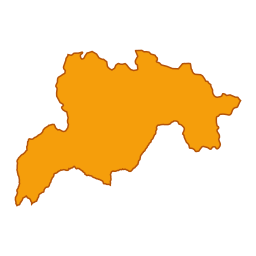 Lunana, Gasa, Bhutan
{"feature_id": "84629894B27866882347456", "entity_name": "Lunana", "entity_type": "district", "adm_level": 2, "iso_a3": "BTN", "parent_name": "Bhutan", "parent_adm1": "Gasa", "projection": "orthographic", "projection_center": [90.007, 27.974], "detail": "fine", "context": "isolated", "style": "filled", "palette": "amber", "viewbox_px": 256, "rotation_deg": 0, "n_neighbors": 0, "source": "geoboundaries", "source_scale": "gbopen_adm2", "svg_char_len": 5759}
<svg xmlns="http://www.w3.org/2000/svg" viewBox="0 0 256 256"><path d="M17.0,205.6L17.7,205.1L19.1,204.8L19.6,204.5L20.7,202.0L21.2,201.8L21.3,201.4L22.2,200.1L23.0,198.0L25.5,196.7L26.2,196.0L26.5,196.2L27.5,197.8L29.6,198.7L30.5,199.9L30.9,201.2L31.6,202.3L31.7,204.1L33.1,202.6L34.0,202.4L35.2,201.6L36.2,201.3L36.7,200.9L36.6,200.4L37.2,199.8L37.6,198.4L38.6,196.8L38.8,195.1L39.5,194.1L39.8,193.8L40.5,193.6L42.1,192.4L43.6,192.0L43.9,191.3L44.1,189.8L45.1,188.2L46.1,187.3L48.2,186.9L49.1,185.8L49.9,183.2L50.8,182.1L51.2,180.0L51.9,178.9L52.1,178.1L53.4,176.6L53.8,175.7L53.9,174.2L54.7,173.5L56.2,173.1L57.4,172.4L57.8,172.1L57.9,171.6L60.1,170.6L60.7,170.0L61.5,170.2L63.9,169.6L64.4,169.8L65.3,169.9L65.9,170.3L67.8,170.3L68.5,169.9L68.7,168.9L69.0,168.5L69.7,168.9L70.0,168.8L71.2,168.0L72.4,167.8L73.8,166.5L74.1,166.4L74.4,166.4L76.1,168.6L76.6,168.8L77.9,168.3L79.3,168.8L79.5,168.7L79.8,169.2L81.5,170.4L82.7,171.0L82.8,171.3L82.7,171.5L84.8,173.1L85.0,174.3L85.6,174.5L86.8,175.5L88.7,175.2L89.5,175.6L91.1,175.8L91.7,176.0L92.4,176.8L93.7,177.5L94.9,177.8L96.4,178.7L97.8,178.9L98.7,179.4L99.3,179.4L101.9,180.7L102.7,181.2L103.2,182.3L103.5,183.5L103.8,183.7L105.2,183.7L106.9,184.4L109.0,184.4L110.3,185.1L110.3,184.3L110.5,183.1L110.3,181.3L110.9,180.0L111.0,178.9L110.8,178.1L110.8,176.0L110.4,174.7L111.3,172.2L111.8,171.6L113.1,171.0L113.8,171.3L115.8,171.2L117.3,170.5L118.4,170.5L120.0,169.5L121.7,169.7L122.6,169.0L123.0,169.4L123.7,169.5L125.0,169.2L125.6,169.3L126.4,169.9L126.9,169.9L127.3,170.2L128.0,170.4L129.1,171.3L130.8,171.3L132.7,169.4L133.1,168.5L134.8,167.7L135.9,166.2L136.5,165.9L136.7,165.4L137.9,164.3L138.0,163.3L138.4,162.8L138.3,162.1L138.8,160.6L139.9,159.6L140.5,156.1L141.0,155.1L141.9,154.1L141.9,153.7L142.4,153.1L143.3,152.3L143.4,151.7L143.7,151.4L144.5,151.1L145.1,150.2L145.5,149.1L147.0,147.4L147.5,146.0L148.7,144.7L149.2,143.4L151.0,141.9L151.2,140.2L152.8,138.7L154.4,135.0L155.6,133.8L155.8,132.6L155.7,131.5L156.1,130.4L156.7,129.5L156.8,128.8L156.4,128.0L156.7,126.7L157.2,125.9L158.1,125.1L159.6,125.1L160.6,124.7L163.4,124.4L164.2,124.6L168.0,124.6L169.1,124.3L170.5,123.6L171.3,122.4L173.2,121.6L173.8,121.0L176.1,121.0L177.3,121.4L178.0,122.0L178.9,124.0L181.4,124.9L183.7,127.2L184.2,128.2L184.3,129.0L184.1,130.2L183.5,131.9L183.1,132.4L182.7,134.0L183.4,134.6L184.0,135.6L184.3,137.4L186.4,142.2L188.2,144.0L188.7,144.7L189.1,145.9L189.4,147.7L189.7,148.1L192.2,148.4L192.7,148.6L194.3,149.6L195.3,151.1L195.9,151.5L196.4,151.5L198.8,151.1L200.3,148.9L202.0,146.8L203.3,146.4L207.8,147.6L209.7,149.0L210.3,149.2L211.3,148.9L212.2,147.4L212.5,147.1L213.5,146.8L214.6,146.8L215.1,147.0L215.5,147.3L216.1,148.3L216.5,148.7L217.5,148.8L218.4,148.2L219.7,146.5L220.1,145.5L220.3,144.3L220.1,143.3L219.2,141.1L218.7,139.3L218.9,138.6L219.5,137.2L219.4,135.6L219.0,134.4L217.5,132.0L217.0,130.8L217.0,130.1L217.3,129.7L218.7,128.0L218.6,127.3L218.4,126.8L217.4,126.1L217.0,125.6L216.4,122.6L216.3,119.3L216.5,117.3L216.8,116.7L218.5,116.1L219.5,114.8L220.0,114.4L220.5,114.3L222.9,114.1L224.2,114.2L227.0,114.6L228.7,115.0L229.3,115.0L230.4,114.5L231.3,113.4L232.4,110.3L233.2,109.0L233.9,108.3L235.0,107.7L236.6,107.4L237.5,106.9L239.7,102.1L240.6,100.6L239.4,99.5L237.9,97.4L237.2,97.2L235.5,97.2L230.1,94.9L226.6,95.5L225.0,94.2L223.5,93.7L222.7,93.8L221.7,96.0L220.3,96.7L217.0,97.3L215.3,96.7L214.1,95.7L212.8,93.4L212.5,91.4L212.6,90.0L210.8,86.1L210.8,84.7L208.6,83.0L207.8,81.5L205.7,81.1L204.5,78.7L202.5,75.9L200.6,74.7L195.2,74.3L193.6,73.4L192.4,71.7L191.9,69.8L191.2,68.9L190.5,64.1L190.2,63.6L188.5,63.4L185.5,63.6L184.5,63.5L182.5,63.8L178.4,68.8L172.5,68.6L167.0,66.4L161.3,64.9L159.5,63.0L156.7,61.9L156.4,61.3L156.5,60.8L157.3,60.0L157.4,58.8L157.2,57.9L155.7,56.5L155.2,55.4L153.8,54.8L151.1,54.2L149.0,52.1L146.2,51.7L144.1,51.8L141.8,50.4L135.6,50.6L135.6,51.1L137.7,56.1L137.6,56.8L136.9,57.7L135.5,60.4L135.3,61.3L135.5,63.0L136.2,64.2L137.4,65.0L137.8,69.1L136.8,70.0L133.6,70.5L130.5,69.5L130.1,68.9L128.6,67.5L127.0,65.3L125.9,64.2L125.1,63.6L122.4,64.3L120.5,64.2L118.5,63.5L117.6,63.8L115.8,65.2L114.6,68.2L111.9,70.0L110.0,69.0L108.3,67.6L107.4,66.3L106.7,61.7L105.3,60.7L103.6,59.3L102.7,59.4L101.1,58.9L98.9,57.8L96.6,54.1L92.1,51.5L88.6,52.7L87.1,53.0L85.2,55.7L84.0,58.1L82.8,58.9L82.3,59.0L81.7,59.0L80.9,58.1L80.3,56.1L80.6,54.7L81.3,54.1L82.2,53.5L82.6,52.7L82.5,52.4L82.1,52.1L78.7,53.1L74.4,53.2L73.5,53.5L72.7,54.4L71.3,55.3L68.0,54.6L67.9,55.6L67.6,56.2L66.1,58.3L65.7,60.6L63.6,66.6L63.5,67.7L63.9,68.9L65.3,70.6L64.9,73.1L64.5,73.5L62.5,74.6L61.2,75.6L58.5,77.2L57.8,78.2L57.6,78.9L57.4,81.2L57.5,82.0L56.3,84.5L55.9,85.7L55.9,86.5L56.9,87.9L57.1,88.9L56.6,92.9L56.7,96.1L60.1,102.5L62.8,104.1L63.4,105.2L63.1,105.8L61.7,107.1L61.7,107.9L62.7,109.5L63.7,110.4L64.5,110.6L65.2,111.4L66.6,111.7L67.0,112.8L67.6,115.9L68.2,117.8L67.5,120.6L67.6,122.4L68.4,124.4L67.8,127.7L65.8,130.7L64.8,131.3L63.3,131.5L62.3,131.2L59.3,129.6L57.9,129.9L57.2,129.4L55.5,127.7L55.1,126.4L54.1,124.5L52.1,124.4L51.4,124.8L50.5,124.9L49.7,125.3L48.9,125.2L48.5,125.8L44.7,128.2L43.1,130.2L42.8,131.5L42.2,132.4L40.6,134.0L38.2,135.2L38.0,135.6L35.7,137.2L34.6,137.5L32.7,139.1L31.1,139.2L29.6,138.8L28.6,139.3L28.3,141.1L27.7,141.7L27.5,144.9L27.3,145.7L26.8,146.5L26.8,147.6L27.0,150.1L25.9,151.0L25.0,152.4L23.0,154.2L22.3,154.4L20.9,155.5L19.9,156.7L18.5,158.1L18.0,159.3L17.4,159.9L17.0,161.2L17.5,163.0L17.2,165.7L17.2,168.8L17.0,169.3L17.0,170.1L17.5,171.8L17.5,172.6L17.8,173.3L18.0,174.9L18.9,176.6L19.4,179.7L19.4,181.5L19.2,182.3L19.5,182.9L19.6,183.7L19.0,185.3L19.0,185.9L18.4,186.8L18.2,188.1L17.0,189.8L16.9,191.1L17.4,191.9L17.4,193.3L16.6,195.5L15.5,197.4L15.4,199.9L16.0,202.3L15.9,203.4L17.0,205.6Z" fill="#f59e0b" stroke="#b45309" stroke-width="1.5"/></svg>